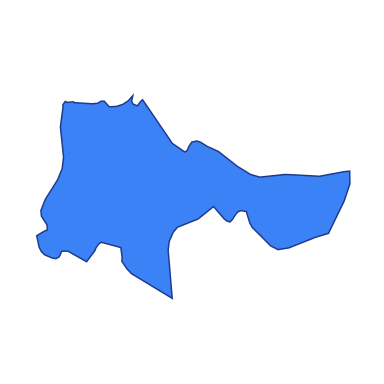 map outline of Grevenmacher (Natural Earth projection), rotated 264°
{"feature_id": "LUX-907", "entity_name": "Grevenmacher", "entity_type": "District", "adm_level": 1, "iso_a3": "LUX", "parent_name": "Luxembourg", "parent_adm1": "", "projection": "natural_earth1", "projection_center": [6.348, 49.652], "detail": "fine", "context": "isolated", "style": "filled", "palette": "blue", "viewbox_px": 384, "rotation_deg": 264, "n_neighbors": 0, "source": "natural_earth", "source_scale": "10m", "svg_char_len": 1275}
<svg xmlns="http://www.w3.org/2000/svg" viewBox="0 0 384 384"><g transform="rotate(264 192 192)"><path d="M164.8,33.0L168.6,41.3L169.3,44.1L174.4,44.4L183.8,39.7L189.4,39.8L200.1,45.4L218.3,59.7L229.0,65.4L240.0,67.9L270.4,67.9L289.9,72.6L292.3,72.7L295.7,75.8L295.5,75.6L294.2,76.8L294.1,83.6L293.2,84.1L290.2,101.7L290.1,107.4L291.8,111.0L291.6,114.1L285.4,118.6L285.0,125.8L286.4,132.4L289.4,138.2L294.0,143.2L288.5,141.4L285.5,142.7L283.4,146.6L287.7,150.7L288.9,152.5L242.4,177.5L232.6,188.9L233.7,191.5L237.8,193.8L241.7,197.0L242.2,202.3L240.5,205.9L235.8,211.8L229.4,222.7L212.9,239.6L203.3,252.1L199.7,261.0L199.7,286.6L198.5,294.4L194.3,320.5L196.3,345.0L196.3,351.0L183.6,349.9L166.8,342.2L136.6,323.4L134.0,309.9L126.3,282.5L125.7,271.5L130.1,264.7L150.5,248.2L155.3,246.2L166.8,244.0L168.4,239.1L167.3,235.2L164.1,232.2L160.6,229.5L158.2,226.6L159.4,223.8L162.0,221.1L175.3,211.9L164.5,195.2L158.5,173.9L153.9,169.1L145.3,164.2L136.7,162.2L88.3,161.2L117.1,123.3L122.3,119.3L130.3,115.0L134.7,115.7L144.2,115.4L151.5,96.5L150.3,94.1L146.7,90.8L143.7,89.2L133.7,79.9L146.1,62.4L146.5,59.6L146.6,56.1L143.3,54.4L141.3,53.0L139.9,49.6L141.1,45.8L144.8,39.1L148.4,36.0L153.1,34.2L164.6,33.0L164.8,33.0Z" fill="#3b82f6" stroke="#1e3a8a" stroke-width="1.5"/></g></svg>